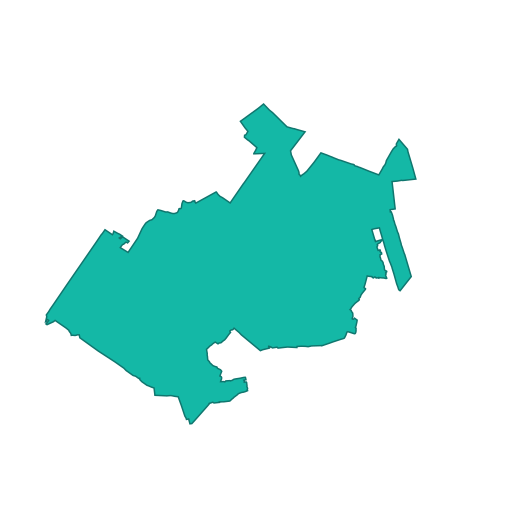 outline of Adamclisi, Constanta, Romania, rotated 216°
{"feature_id": "2599482B83158336135289", "entity_name": "Adamclisi", "entity_type": "district", "adm_level": 2, "iso_a3": "ROU", "parent_name": "Romania", "parent_adm1": "Constanta", "projection": "orthographic", "projection_center": [27.939, 44.112], "detail": "fine", "context": "isolated", "style": "filled", "palette": "teal", "viewbox_px": 512, "rotation_deg": 216, "n_neighbors": 0, "source": "geoboundaries", "source_scale": "gbopen_adm2", "svg_char_len": 6021}
<svg xmlns="http://www.w3.org/2000/svg" viewBox="0 0 512 512"><g transform="rotate(216 256 256)"><path d="M393.6,188.5L393.5,183.4L393.6,183.2L393.7,182.3L393.4,174.1L392.1,121.2L391.4,98.7L391.3,92.4L391.0,89.0L391.0,85.1L389.6,83.9L387.6,79.2L387.4,79.7L387.7,81.9L385.9,82.1L385.8,81.4L386.0,77.6L384.7,77.6L381.2,83.8L380.7,85.8L367.5,86.1L363.8,85.9L362.9,85.3L360.6,84.6L359.4,83.8L358.8,83.2L357.8,84.1L355.9,85.2L355.2,85.8L354.1,87.3L352.6,88.3L350.5,86.3L327.8,86.4L308.3,87.4L297.0,87.6L293.7,87.0L285.2,87.1L282.7,88.0L278.9,88.0L278.2,88.7L277.3,87.7L274.4,87.2L268.1,87.3L267.0,87.7L263.5,88.5L260.9,89.3L255.9,83.9L246.0,90.4L243.2,92.8L242.0,93.5L239.1,94.8L236.2,96.4L228.4,91.1L219.5,84.7L217.4,83.8L216.2,82.9L214.7,84.6L210.8,81.4L209.4,82.7L209.0,86.1L207.1,106.2L206.9,108.7L207.3,109.1L207.2,109.4L206.9,109.6L205.0,112.3L203.6,112.4L199.5,116.1L199.9,116.5L196.5,119.0L191.9,123.3L191.3,126.4L190.9,127.7L190.8,128.7L189.5,132.9L189.4,133.9L188.9,135.0L187.4,137.2L186.0,138.6L184.8,140.2L183.8,141.9L184.2,141.9L184.5,142.4L184.6,143.2L185.1,144.1L186.7,145.0L186.8,145.5L189.3,148.2L190.0,148.3L191.3,147.0L192.1,148.1L192.9,148.4L191.4,150.0L193.2,151.6L193.4,151.6L194.7,150.4L197.0,147.8L200.7,144.1L201.6,143.0L202.2,141.3L203.2,140.2L203.3,139.9L203.9,139.8L207.0,137.2L207.1,136.1L207.3,135.8L208.2,135.5L210.8,133.5L211.1,134.2L211.6,136.3L212.4,137.5L212.9,137.8L213.5,137.9L214.7,137.7L216.0,142.6L217.8,143.1L221.2,142.5L222.4,143.2L224.3,142.5L226.4,142.0L231.0,142.6L231.5,143.1L234.0,143.6L236.5,146.5L237.2,147.0L238.1,148.4L241.2,151.4L240.6,154.4L240.5,155.7L239.6,158.2L239.5,159.2L239.1,160.5L238.4,162.4L235.1,162.6L234.6,164.1L233.4,165.1L233.2,165.8L232.6,168.3L232.4,169.0L232.1,169.5L231.9,172.0L231.9,176.4L231.7,179.2L232.7,179.5L233.1,180.2L232.4,181.9L231.7,182.4L231.4,183.1L231.3,184.7L224.6,184.2L221.6,183.6L196.8,182.0L195.5,184.1L191.0,189.4L191.0,189.6L191.5,189.5L192.5,190.1L192.7,190.4L191.9,190.8L190.4,191.2L188.7,191.3L185.4,194.6L184.3,194.4L184.0,194.5L177.0,200.9L169.1,206.0L169.6,207.0L166.1,209.8L163.0,211.9L160.5,213.3L158.2,215.9L150.0,222.3L149.9,222.2L145.1,229.0L143.5,231.4L138.1,238.9L137.1,240.1L136.3,241.4L136.3,242.2L136.4,242.3L136.7,244.5L137.7,247.9L137.1,248.8L134.8,249.6L130.8,250.9L130.4,251.2L130.2,251.6L130.3,252.6L131.0,254.1L132.0,255.5L132.6,256.4L133.5,256.5L134.0,258.2L135.6,261.9L136.5,263.6L139.8,263.6L139.9,262.4L140.2,261.9L140.9,261.7L141.2,261.7L141.5,262.1L142.1,264.1L143.6,266.0L144.3,266.7L146.2,267.3L146.7,267.7L147.1,267.9L148.4,267.9L148.3,268.8L148.5,271.2L148.2,274.7L148.0,276.1L146.7,280.8L146.7,281.3L146.9,281.5L147.3,281.6L147.8,281.9L147.5,283.6L147.5,284.0L148.1,286.0L148.2,288.1L147.9,293.2L148.0,293.7L148.3,294.0L149.5,293.8L150.1,294.0L150.4,294.8L151.3,297.5L154.3,305.2L152.4,306.1L150.1,307.5L149.8,307.2L149.3,307.1L148.2,307.2L148.0,307.5L147.9,308.5L147.3,309.0L147.0,309.0L146.0,308.8L145.7,308.9L145.5,309.5L143.7,310.2L144.1,310.7L141.1,312.4L139.6,313.4L138.0,314.0L137.2,314.6L137.1,314.8L137.3,315.0L139.2,316.1L139.9,316.7L140.1,317.0L140.2,318.0L141.2,318.5L141.3,318.9L140.9,319.8L141.1,320.3L141.4,320.5L143.3,320.2L144.0,320.5L144.3,320.9L144.8,321.3L146.3,323.1L147.3,323.6L148.3,324.3L149.5,325.5L151.5,326.2L152.2,326.0L152.9,326.4L153.0,326.6L154.3,327.7L155.3,328.2L155.4,328.4L155.6,329.0L156.2,329.6L156.4,329.9L155.5,331.5L156.5,332.5L156.9,332.6L157.3,332.3L158.2,332.5L158.6,332.8L158.6,333.4L159.3,333.8L160.5,332.3L163.3,334.2L163.6,334.7L163.6,335.6L163.6,335.8L164.4,336.3L164.7,336.6L164.7,337.0L163.4,340.0L163.6,340.6L163.4,342.0L164.1,342.7L165.1,341.6L167.8,337.9L168.4,338.3L168.3,338.6L168.8,338.9L169.2,338.8L177.9,345.5L176.4,347.5L172.7,351.3L170.0,349.1L165.4,345.6L163.4,343.9L160.6,342.0L158.2,340.0L153.3,336.3L144.6,330.0L143.6,329.5L139.4,326.8L138.5,326.0L133.8,322.5L126.0,316.3L122.4,313.9L121.3,313.0L120.0,312.5L119.0,312.6L118.3,330.6L136.5,344.6L137.6,345.2L143.0,349.1L144.9,350.3L145.8,351.2L150.7,355.0L153.9,357.7L155.6,358.6L160.4,362.2L162.2,363.3L165.0,365.6L165.4,365.6L165.7,365.7L166.4,366.6L169.6,369.3L172.5,371.2L173.2,370.6L173.3,370.7L174.7,372.3L171.1,375.9L189.7,396.2L185.6,399.8L182.6,402.9L181.7,403.3L171.9,412.2L180.8,419.3L194.4,429.7L196.2,431.4L208.9,434.4L208.4,429.5L208.2,428.9L207.1,428.0L207.0,427.5L207.1,427.1L207.6,426.5L207.6,425.5L207.7,424.7L208.0,424.0L207.8,420.5L206.6,409.8L205.7,407.6L205.3,405.8L205.4,402.9L205.0,400.6L204.3,393.8L214.6,391.0L224.3,388.6L224.7,388.3L226.6,388.0L228.3,387.3L229.1,387.1L229.5,387.1L230.3,387.5L231.1,387.3L233.1,386.4L243.6,383.2L245.9,382.3L257.8,379.4L264.1,377.6L264.1,366.0L264.7,354.4L265.7,350.2L266.2,349.2L266.8,346.7L267.7,347.3L269.0,347.3L270.5,349.0L271.7,349.9L286.8,358.5L289.9,361.4L289.3,385.3L297.4,382.3L299.8,381.5L300.9,380.9L306.8,378.7L326.6,381.7L330.8,381.9L339.2,383.4L341.0,376.7L347.8,355.8L340.1,353.2L335.8,352.1L335.4,348.2L336.2,347.0L335.2,345.3L331.0,345.0L329.5,345.1L319.0,344.2L318.4,341.3L318.0,337.6L317.8,337.4L309.3,344.1L308.6,308.0L308.7,307.6L308.1,283.7L317.2,283.5L320.3,283.1L323.0,283.5L325.4,284.4L325.9,284.4L335.8,263.4L337.1,263.9L337.9,264.6L338.4,264.5L338.6,264.2L338.3,264.0L338.2,263.8L339.0,263.7L339.6,263.1L339.9,261.6L340.3,261.0L342.0,259.4L342.7,258.9L344.2,258.4L346.2,258.3L347.0,258.1L347.3,257.9L347.4,257.6L346.7,254.9L344.8,251.3L344.6,250.5L344.7,250.1L345.8,249.4L346.0,249.1L346.0,248.7L345.6,247.8L345.4,246.8L345.2,246.1L345.2,245.3L345.4,244.5L346.7,242.7L347.6,241.9L348.8,241.2L350.4,240.6L353.3,239.8L354.9,238.5L359.7,236.9L361.8,236.0L362.5,235.7L362.5,234.3L362.5,233.8L361.0,229.1L360.9,227.4L361.5,224.2L363.0,222.2L364.4,218.4L364.5,217.3L364.4,213.8L364.2,210.9L362.2,200.8L361.6,183.7L370.7,183.0L370.8,184.4L370.7,186.8L370.0,187.8L369.4,190.7L368.7,191.0L367.6,191.1L367.4,193.4L375.0,193.1L375.9,190.1L377.2,190.2L375.9,193.6L378.8,193.5L380.2,193.3L380.8,193.1L385.6,192.5L384.7,190.0L384.7,188.8L393.6,188.5Z" fill="#14b8a6" stroke="#0f766e" stroke-width="1.5"/></g></svg>